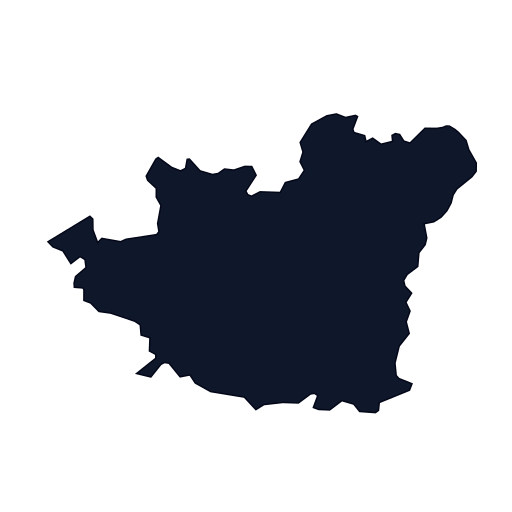 an SVG outline of Oxfordshire, rotated 277°
{"feature_id": "GBR-2751", "entity_name": "Oxfordshire", "entity_type": "Administrative County", "adm_level": 1, "iso_a3": "GBR", "parent_name": "United Kingdom", "parent_adm1": "", "projection": "albers", "projection_center": [-1.264, 51.807], "detail": "fine", "context": "isolated", "style": "filled", "palette": "ink", "viewbox_px": 512, "rotation_deg": 277, "n_neighbors": 0, "source": "natural_earth", "source_scale": "10m", "svg_char_len": 1905}
<svg xmlns="http://www.w3.org/2000/svg" viewBox="0 0 512 512"><g transform="rotate(277 256 256)"><path d="M125.0,334.3L126.8,330.8L125.7,326.9L115.3,316.0L113.9,300.4L109.5,282.0L103.5,274.6L114.5,261.6L115.9,227.5L122.5,211.2L129.9,204.9L126.8,195.4L139.0,182.7L139.1,178.1L136.8,174.8L123.1,166.4L124.8,151.8L142.3,169.0L146.1,168.5L148.7,161.8L161.9,160.7L163.5,151.6L173.5,149.5L176.5,143.6L181.6,118.8L181.8,106.9L189.2,97.6L190.9,90.6L201.7,89.3L203.2,88.0L202.8,79.5L206.9,78.7L213.6,79.4L223.8,88.7L231.6,86.7L234.0,81.4L225.9,73.2L237.5,63.7L240.3,53.3L244.8,47.8L275.2,86.3L272.8,89.5L262.0,91.0L250.0,97.2L254.7,100.8L253.7,119.9L256.8,125.0L265.1,154.7L268.3,156.7L276.3,154.4L294.6,155.5L302.3,149.8L311.0,148.8L318.0,139.2L321.9,137.3L340.0,144.8L341.9,146.9L333.7,161.5L331.3,170.7L334.4,175.4L343.6,175.9L344.1,178.1L333.7,190.1L331.6,202.8L333.3,208.4L338.5,214.1L338.6,223.6L343.6,234.0L344.3,240.9L336.2,246.3L319.2,238.0L315.9,240.3L314.8,244.2L320.2,252.2L322.0,272.3L332.5,276.2L337.6,288.9L347.0,293.6L355.0,288.2L364.9,290.0L374.1,286.0L393.7,295.1L403.8,309.2L406.8,318.5L404.4,328.0L407.7,337.6L406.8,339.8L393.7,336.6L390.5,338.2L388.7,349.2L382.9,351.3L387.2,357.4L382.2,366.5L386.4,377.6L392.3,376.3L394.5,379.4L394.1,383.8L388.1,388.7L386.9,395.1L403.4,408.2L404.7,419.9L406.4,425.8L408.2,428.9L408.5,432.1L405.9,438.0L403.5,441.7L396.3,450.4L387.4,454.3L375.2,463.3L366.9,464.2L360.9,460.6L347.0,447.2L340.6,444.2L332.5,443.2L324.3,440.0L317.1,435.0L311.6,428.3L308.5,418.9L294.7,423.3L287.8,422.5L279.1,417.3L265.3,417.8L256.1,408.3L249.7,405.5L244.3,407.5L238.1,415.0L228.3,410.4L220.1,415.6L209.0,413.1L197.8,417.5L184.0,409.1L166.7,407.0L154.5,409.7L151.8,412.8L148.2,426.4L141.5,424.7L125.6,396.2L117.7,396.4L115.1,393.7L114.3,377.8L120.9,371.1L122.9,358.9L112.2,347.9L111.3,336.9L112.6,331.4L125.0,334.3Z" fill="#0f172a" stroke="#020617" stroke-width="1.5"/></g></svg>